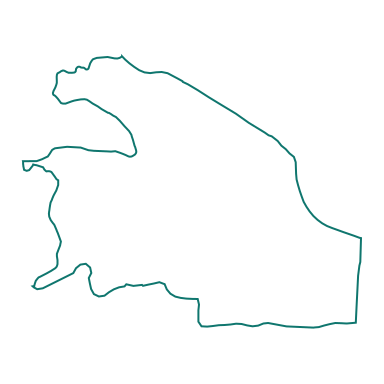 the district of Al Qubaytah, Lahij, Yemen
{"feature_id": "15242507B21830684788724", "entity_name": "Al Qubaytah", "entity_type": "district", "adm_level": 2, "iso_a3": "YEM", "parent_name": "Yemen", "parent_adm1": "Lahij", "projection": "mercator", "projection_center": [44.415, 13.329], "detail": "fine", "context": "isolated", "style": "outline", "palette": "teal", "viewbox_px": 384, "rotation_deg": 0, "n_neighbors": 0, "source": "geoboundaries", "source_scale": "gbopen_adm2", "svg_char_len": 4007}
<svg xmlns="http://www.w3.org/2000/svg" viewBox="0 0 384 384"><path d="M54.7,88.7L54.3,89.5L53.6,90.8L52.9,93.0L53.1,94.2L53.6,95.0L54.5,95.4L55.3,96.0L56.2,96.9L57.8,98.7L61.0,103.0L61.5,103.2L63.0,103.6L65.6,103.6L69.1,102.3L71.6,101.4L74.2,100.6L76.7,100.1L80.8,99.4L84.5,99.2L86.9,99.7L89.5,101.3L92.6,103.5L97.8,106.4L101.6,109.1L108.0,112.8L108.3,112.8L109.0,112.9L111.0,114.1L113.3,115.7L115.9,117.0L119.9,120.9L124.4,126.1L129.1,131.1L131.4,134.8L131.8,136.5L132.9,139.7L134.6,145.9L135.1,146.9L136.1,150.3L136.3,151.9L136.0,153.0L135.1,154.4L133.3,155.6L131.6,156.5L129.9,156.7L129.3,156.6L128.5,156.4L127.4,155.9L125.8,155.1L122.9,153.9L120.0,152.8L115.3,151.2L111.0,151.6L107.6,151.4L93.7,150.8L92.9,150.7L88.4,150.2L80.8,147.6L80.5,147.5L79.4,147.5L67.1,146.8L55.7,148.2L54.7,148.4L53.7,149.0L53.0,149.4L52.1,150.0L49.7,153.8L47.8,156.5L45.6,157.5L42.3,159.1L42.1,159.2L37.9,160.7L36.7,161.1L32.9,161.1L32.5,161.1L30.5,161.1L29.7,161.1L28.9,161.2L27.5,161.2L23.0,161.2L23.1,161.7L23.1,163.5L23.1,164.0L23.3,165.2L23.3,166.0L23.8,168.3L24.1,169.8L26.6,170.8L26.8,170.8L29.2,170.1L32.7,165.7L33.2,164.5L34.5,164.9L36.5,165.2L43.1,167.3L44.4,169.6L46.1,171.2L46.6,171.4L47.6,171.2L48.7,171.2L49.7,171.3L50.8,171.7L51.5,172.1L54.9,176.8L56.5,179.2L58.2,180.3L58.2,182.1L58.2,182.7L58.2,185.1L58.0,185.6L56.5,189.9L56.3,190.5L54.6,193.6L53.5,195.7L52.2,198.8L52.1,199.2L51.9,199.8L50.6,202.5L50.1,205.1L49.7,207.7L49.3,210.7L49.1,211.8L49.0,213.1L48.9,213.5L49.2,216.3L49.3,216.8L50.1,218.6L50.5,219.6L50.8,220.2L51.3,220.9L51.8,221.6L52.1,222.0L53.2,223.5L53.3,223.6L53.5,223.8L53.7,224.0L54.4,225.0L54.5,225.4L54.8,225.9L54.9,226.2L56.5,229.9L56.7,230.6L57.8,233.1L58.2,234.2L59.2,236.9L60.9,241.6L60.4,243.8L60.1,245.5L58.6,249.3L56.9,253.8L56.9,256.2L57.5,260.1L57.5,264.1L57.0,265.9L56.3,267.2L55.0,268.4L52.0,270.3L51.1,270.9L49.8,271.6L46.6,273.4L39.6,277.0L38.8,277.3L38.6,277.4L37.6,278.5L35.8,280.8L35.0,283.1L34.2,285.9L34.2,286.0L32.7,286.3L33.9,287.4L37.2,289.2L42.8,288.3L73.3,273.1L76.0,268.2L80.4,264.6L85.8,263.8L88.0,265.7L90.1,267.5L91.3,273.0L88.8,278.0L89.9,283.6L91.1,289.0L93.9,294.1L98.9,296.5L104.5,295.7L109.0,292.2L113.9,289.3L119.1,287.3L124.5,286.4L126.3,284.3L133.4,285.9L142.0,284.9L143.0,285.8L148.4,284.6L153.9,283.5L159.4,282.2L163.6,283.8L163.9,283.9L164.6,284.1L166.8,289.4L170.4,293.7L175.3,296.6L180.7,297.9L186.3,298.6L192.1,298.9L197.7,299.0L199.0,304.6L198.4,310.3L198.4,316.0L198.4,321.7L201.5,326.3L207.2,326.6L213.0,326.0L218.9,325.2L224.6,325.0L230.5,324.5L236.1,323.7L241.6,324.0L247.1,325.4L252.6,326.3L258.2,325.6L263.4,323.5L268.1,323.0L286.5,326.4L313.4,327.6L315.0,327.4L318.8,327.1L324.2,325.5L329.8,324.1L335.3,323.0L341.0,323.2L346.7,323.5L352.5,323.0L355.8,322.7L356.5,307.8L358.1,275.8L359.4,265.6L360.3,262.0L361.0,238.1L359.5,237.8L354.1,235.8L348.6,233.9L343.4,232.1L337.9,230.1L332.3,228.1L327.0,226.0L322.2,223.3L317.6,219.9L313.4,216.0L309.6,211.4L306.5,206.8L303.7,201.9L301.7,196.5L299.8,191.0L298.1,185.3L296.6,179.5L296.1,173.8L295.9,168.0L295.7,162.2L293.9,156.9L289.5,153.4L285.8,149.2L281.4,145.7L277.7,141.0L271.7,136.3L268.6,135.3L264.8,132.6L248.9,122.9L235.9,113.7L219.5,103.8L208.7,97.2L197.8,90.2L187.9,84.3L182.8,81.9L182.5,81.2L177.6,78.5L172.5,75.8L167.6,73.2L161.7,72.0L156.0,72.3L150.2,73.1L144.5,72.4L139.2,70.2L134.2,66.9L129.4,63.3L125.2,59.6L122.1,56.4L122.1,56.5L121.5,56.8L121.2,57.0L119.6,57.9L117.4,58.5L114.8,58.4L114.6,58.4L107.6,57.0L96.8,57.9L94.2,58.8L92.8,59.4L91.5,61.1L90.2,63.3L88.5,68.5L87.8,69.2L86.9,69.5L86.0,69.4L85.0,68.6L84.3,68.0L83.6,67.7L82.7,67.7L81.8,67.6L81.0,67.5L80.9,67.4L80.2,67.0L79.7,66.8L78.9,66.7L78.2,66.8L77.5,67.1L76.6,68.1L76.1,68.8L76.0,69.4L76.0,69.7L75.8,70.5L75.7,71.4L75.1,72.1L74.4,72.5L72.9,72.7L71.1,72.8L69.9,72.7L68.8,72.8L68.0,72.5L66.7,72.0L64.9,71.0L63.6,70.5L62.7,70.5L62.3,70.8L61.7,70.9L60.8,71.4L59.6,72.3L58.5,72.8L57.5,73.4L56.9,74.8L56.7,76.8L56.7,77.3L56.8,80.8L56.8,82.9L56.3,84.8L55.4,87.3L54.7,88.7Z" fill="none" stroke="#0f766e" stroke-width="2"/></svg>